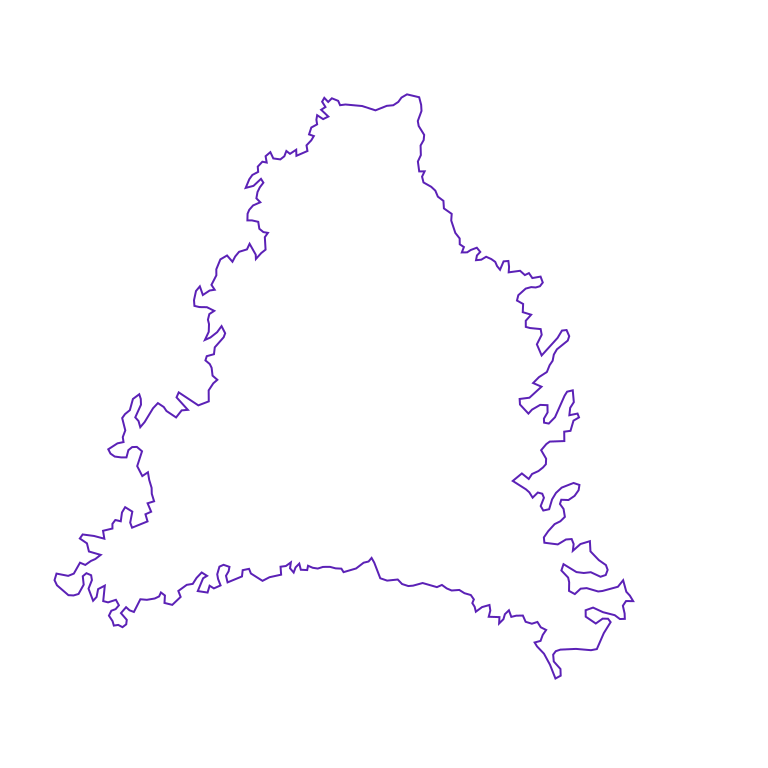 Palmital, Paraná, Brazil, rotated 281°
{"feature_id": "56859067B70868107973132", "entity_name": "Palmital", "entity_type": "district", "adm_level": 2, "iso_a3": "BRA", "parent_name": "Brazil", "parent_adm1": "Paraná", "projection": "albers", "projection_center": [-52.284, -24.889], "detail": "fine", "context": "isolated", "style": "outline", "palette": "violet", "viewbox_px": 768, "rotation_deg": 281, "n_neighbors": 0, "source": "geoboundaries", "source_scale": "gbopen_adm2", "svg_char_len": 6159}
<svg xmlns="http://www.w3.org/2000/svg" viewBox="0 0 768 768"><g transform="rotate(281 384 384)"><path d="M520.5,505.1L517.8,501.5L521.1,496.0L517.4,485.1L522.9,484.4L528.5,482.6L527.2,478.0L518.3,476.1L521.3,472.5L525.1,469.9L527.1,465.5L528.4,460.0L524.6,455.8L523.1,450.7L527.9,450.7L532.0,453.3L535.5,449.1L532.1,443.6L529.1,440.5L528.0,435.3L533.7,436.3L535.6,431.7L541.3,430.5L545.9,425.2L557.3,418.8L563.9,418.0L567.8,409.3L575.1,407.4L578.2,401.1L583.6,397.5L586.6,392.7L589.4,384.3L594.8,381.8L600.5,383.3L599.4,378.0L608.9,374.8L615.7,376.5L625.1,374.4L631.0,376.4L636.2,375.9L643.9,368.8L648.6,367.0L659.2,368.7L665.1,367.2L672.2,363.8L672.7,351.3L668.5,346.5L663.6,344.2L659.4,339.9L657.6,333.7L651.0,323.4L652.7,309.5L651.0,292.8L649.3,287.7L653.2,285.0L654.5,278.3L650.2,275.4L653.5,270.8L649.3,269.4L644.7,273.7L641.2,270.0L635.9,278.3L632.4,273.7L635.1,267.1L630.5,267.2L626.1,268.8L621.9,263.7L614.7,262.8L614.0,267.8L609.3,266.1L603.5,262.4L598.1,264.4L591.3,254.5L597.2,253.1L592.0,247.8L594.1,243.7L588.5,242.7L584.7,239.4L584.3,232.3L589.9,228.2L585.0,224.3L579.0,226.6L579.0,222.2L573.3,218.6L568.2,220.0L564.1,214.9L559.3,212.7L550.1,210.8L553.6,218.1L561.9,224.1L558.6,227.2L553.4,224.6L548.3,223.2L541.9,223.3L538.8,227.9L534.3,221.4L529.3,218.5L525.1,217.6L518.5,218.7L519.4,223.3L519.2,229.6L512.6,232.0L510.1,236.6L510.2,241.2L505.4,239.0L493.3,242.1L489.1,238.5L482.3,234.4L486.5,233.4L496.0,225.3L490.0,223.8L486.1,216.5L480.8,213.6L475.1,211.9L480.2,205.4L475.1,199.6L464.6,197.5L458.7,198.7L448.4,195.7L444.2,199.8L442.5,195.0L436.8,189.2L444.7,184.6L439.4,181.7L430.0,181.5L424.5,183.0L424.3,188.2L425.6,195.5L423.4,203.4L419.3,199.2L413.5,198.9L409.4,200.8L401.8,202.0L393.1,199.8L396.5,204.7L403.0,210.3L409.8,213.5L403.5,218.4L399.3,217.7L387.7,210.9L380.8,211.4L377.5,204.7L373.1,204.2L370.3,209.2L367.0,211.7L359.5,214.1L356.3,219.6L352.1,216.3L344.3,213.1L333.5,215.3L327.6,205.8L336.6,184.1L331.3,182.9L321.2,196.4L319.5,190.4L311.5,186.3L316.0,175.6L319.4,172.2L322.1,165.7L316.1,161.9L301.0,156.3L295.1,153.0L300.8,150.1L303.8,146.2L317.3,149.4L322.9,148.1L327.2,145.7L321.4,140.4L309.8,139.5L305.0,135.5L300.6,133.5L289.1,138.9L282.0,137.7L277.3,139.4L274.9,133.7L267.3,125.8L263.5,128.8L261.4,133.5L261.8,140.0L262.8,145.2L270.3,145.7L274.0,148.8L275.1,153.4L271.8,159.3L256.3,157.4L247.5,164.3L252.3,169.1L245.1,171.8L237.7,175.7L231.9,177.0L225.0,180.7L221.8,174.7L214.2,179.8L210.6,174.7L204.0,178.1L194.9,164.1L199.5,161.3L210.7,161.3L213.7,153.4L207.9,151.3L199.0,151.8L199.2,146.2L194.9,144.1L190.3,145.0L186.3,136.2L178.8,139.0L179.5,128.3L178.8,116.9L174.3,114.9L170.9,122.8L163.3,126.3L162.2,138.5L157.1,134.0L154.4,130.1L149.4,125.3L150.6,119.7L138.7,115.7L135.4,110.6L135.4,98.7L128.6,98.0L124.0,101.4L116.5,114.5L117.2,119.6L119.6,124.2L129.7,127.5L137.8,125.0L141.5,128.0L140.4,133.0L135.8,134.7L126.7,133.0L115.7,139.8L120.1,142.5L128.1,142.5L132.8,148.4L117.3,149.8L117.0,154.8L121.0,162.0L116.2,166.0L111.8,163.5L109.4,159.6L104.1,158.2L99.4,162.8L95.3,164.9L96.8,169.1L95.4,173.7L98.9,176.8L103.4,176.5L108.9,169.5L115.7,173.4L113.3,177.4L112.5,182.0L126.2,185.9L126.9,192.4L129.7,199.9L132.6,203.8L136.8,204.8L134.6,209.3L127.2,210.3L126.8,218.3L136.2,225.0L141.6,221.6L149.2,228.7L151.3,234.4L157.9,237.0L164.2,241.0L161.9,246.9L158.8,243.5L145.2,240.7L145.6,250.6L152.7,251.3L150.9,256.0L155.1,262.0L161.0,258.3L165.4,256.6L173.3,257.3L175.9,261.0L175.0,267.2L170.5,267.2L165.6,265.5L159.4,268.3L168.0,281.3L174.3,280.8L176.8,286.8L172.6,289.5L167.6,302.3L172.5,308.5L177.2,319.4L184.9,317.3L186.6,322.4L191.1,326.6L185.2,326.9L181.7,331.3L187.1,332.2L191.5,335.1L185.8,337.8L186.7,344.1L191.1,344.1L190.0,349.1L190.2,354.2L192.8,359.0L194.2,365.8L193.8,371.6L194.6,377.4L191.6,380.2L197.6,391.8L204.7,398.1L206.8,402.7L210.9,405.0L206.8,408.5L192.6,417.4L191.6,424.6L194.7,434.8L191.1,439.9L190.3,446.4L191.6,451.0L196.0,459.9L194.7,474.7L197.8,479.2L195.3,484.6L194.2,489.8L196.2,497.2L194.0,502.9L193.4,509.5L189.7,513.3L185.8,512.5L182.6,515.5L178.0,517.6L183.7,522.8L187.2,529.7L181.9,531.6L175.5,531.2L177.2,541.8L170.9,542.7L175.9,546.1L181.1,546.6L185.7,549.8L179.7,553.4L181.8,558.0L183.2,564.5L177.6,568.4L176.9,574.9L179.7,580.0L175.1,584.3L173.5,590.1L168.0,587.7L161.7,586.7L159.0,581.2L155.6,584.3L149.8,592.5L140.1,600.5L127.6,608.5L131.4,613.1L137.9,611.6L144.0,603.6L150.6,601.7L154.5,603.6L156.9,607.8L160.6,623.0L162.2,638.0L164.4,643.5L181.4,647.3L193.5,651.9L196.3,648.7L195.4,643.4L189.3,637.6L194.1,626.4L200.4,625.1L204.4,631.9L201.8,642.5L201.1,654.6L198.3,660.4L199.4,665.2L204.6,664.0L211.9,660.8L217.1,663.0L218.4,670.0L223.2,665.7L226.3,661.5L237.0,656.2L229.6,652.3L222.5,637.9L221.2,633.8L222.3,621.9L220.6,616.1L214.2,611.4L216.2,605.1L224.7,603.6L229.1,601.7L234.8,593.7L241.4,594.6L236.1,608.8L236.6,616.2L238.7,622.9L236.1,633.3L238.8,638.1L244.2,639.0L248.6,636.4L252.1,628.5L259.1,618.6L269.0,616.1L264.4,607.4L256.3,601.2L263.1,600.7L267.6,597.8L266.1,592.3L259.7,585.2L258.8,571.7L263.9,570.2L270.9,573.3L279.0,578.2L282.9,583.3L288.1,586.9L295.6,584.1L299.8,579.6L304.2,580.1L305.3,587.2L310.5,592.4L316.9,595.3L322.2,595.1L323.0,588.9L316.2,578.2L309.9,573.6L302.8,571.0L292.6,570.0L290.2,564.5L294.1,561.1L302.8,562.7L306.5,560.3L306.8,555.7L300.8,551.6L305.4,547.3L307.7,543.4L313.4,528.9L322.5,536.4L318.4,544.2L323.9,546.5L328.0,552.2L332.4,556.0L336.1,558.2L341.6,557.4L349.0,550.9L356.0,554.8L359.1,557.7L362.4,571.9L371.6,570.0L373.6,576.0L384.2,577.0L388.4,581.8L391.9,579.6L388.7,571.9L396.1,571.3L402.4,573.8L413.8,570.5L411.4,565.2L407.0,563.5L384.0,558.2L376.6,553.3L376.6,548.5L380.5,547.6L387.3,550.0L394.4,548.5L393.3,541.3L387.1,534.2L382.5,531.4L389.8,521.4L395.2,520.0L398.3,529.4L411.4,539.1L413.4,530.2L420.3,534.8L426.9,541.6L434.1,543.0L439.0,545.1L445.3,545.1L451.0,547.1L461.7,556.1L466.3,556.7L471.8,552.9L470.4,548.5L462.4,545.6L442.1,533.3L452.1,526.5L462.4,529.4L467.8,527.3L466.8,516.7L467.1,512.3L473.1,511.1L480.1,515.2L481.0,506.5L489.1,505.3L491.3,498.6L496.8,498.9L504.7,504.9L507.2,510.0L507.7,514.5L509.7,518.4L513.9,520.5L519.3,517.2L516.3,509.4L520.5,505.1Z" fill="none" stroke="#5b21b6" stroke-width="2"/></g></svg>